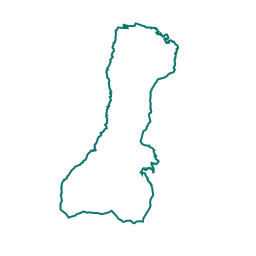 outline of Baia De Fier, Gorj, Romania, rotated 198°
{"feature_id": "2599482B13335657184953", "entity_name": "Baia De Fier", "entity_type": "district", "adm_level": 2, "iso_a3": "ROU", "parent_name": "Romania", "parent_adm1": "Gorj", "projection": "robinson", "projection_center": [23.743, 45.243], "detail": "fine", "context": "isolated", "style": "outline", "palette": "teal", "viewbox_px": 256, "rotation_deg": 198, "n_neighbors": 0, "source": "geoboundaries", "source_scale": "gbopen_adm2", "svg_char_len": 5863}
<svg xmlns="http://www.w3.org/2000/svg" viewBox="0 0 256 256"><g transform="rotate(198 128 128)"><path d="M153.0,229.9L153.3,228.9L153.3,227.1L153.7,226.9L157.1,225.7L160.3,225.0L164.0,224.8L163.1,222.6L159.7,223.6L159.2,222.9L163.2,221.7L168.7,220.5L168.8,217.7L169.2,217.1L169.8,216.9L169.2,214.9L168.6,214.1L168.1,212.1L168.1,210.8L167.6,209.9L167.5,208.7L167.0,207.9L167.2,207.0L167.0,205.2L167.9,204.7L168.1,204.2L168.0,203.6L167.6,203.2L167.5,202.0L167.8,200.2L167.3,199.4L166.0,198.8L165.6,197.6L165.1,196.9L166.0,195.0L166.1,194.1L165.7,193.1L166.1,192.3L165.2,191.3L164.6,191.1L164.5,190.6L164.5,190.2L165.4,188.9L166.0,187.3L165.8,186.8L165.2,186.4L164.9,185.9L165.2,184.5L165.0,183.8L165.2,181.9L165.8,179.2L166.3,178.3L165.9,177.5L165.1,177.2L166.0,176.2L166.1,175.8L165.8,175.2L165.9,174.3L165.2,173.8L163.3,169.5L161.5,168.8L160.3,167.0L160.1,166.5L160.4,165.9L160.3,165.0L159.7,164.2L159.6,163.5L158.5,162.0L158.2,160.6L157.4,159.5L156.5,159.0L156.5,158.1L156.3,157.8L155.1,157.3L154.9,157.0L155.7,156.1L155.8,155.2L155.4,154.8L154.6,154.8L154.3,154.6L154.2,153.7L153.8,152.9L153.9,152.6L154.9,152.0L152.8,149.2L152.7,148.8L152.9,148.1L153.6,147.4L153.1,146.0L153.7,144.2L152.8,143.6L152.7,142.6L153.0,142.2L154.2,141.7L153.2,140.4L153.2,139.9L153.7,139.5L153.7,138.6L153.0,136.7L153.2,136.2L153.1,135.4L153.2,134.8L152.5,134.2L152.3,133.5L151.8,133.3L152.4,132.3L150.8,130.6L150.4,129.9L150.4,128.5L149.8,127.8L149.5,126.0L150.3,125.0L150.1,124.4L150.7,123.8L148.6,122.2L148.1,121.1L149.0,120.5L149.9,119.1L150.3,117.0L151.1,116.2L151.7,115.8L152.5,114.7L151.4,114.2L151.3,112.7L152.0,112.1L152.2,111.2L153.2,110.5L153.1,109.6L153.6,108.2L153.2,106.4L153.5,105.6L153.5,103.3L154.5,102.1L154.4,100.6L153.4,99.8L153.4,98.3L153.0,97.8L151.9,97.1L151.8,96.7L152.4,96.3L153.9,96.4L154.1,95.5L154.4,95.2L156.1,95.2L156.4,93.7L156.9,93.3L157.0,92.8L157.8,91.5L158.3,90.2L158.4,88.6L158.2,86.8L158.5,86.1L158.4,85.6L158.7,84.4L160.3,83.0L160.4,82.0L160.1,81.4L161.7,79.9L161.9,78.6L162.1,78.3L163.3,77.6L163.7,76.9L165.3,75.8L166.4,74.8L166.4,74.0L169.1,69.2L168.9,68.2L169.6,66.9L169.5,65.8L169.8,65.2L170.0,64.2L170.9,63.5L170.7,61.3L171.8,59.8L172.9,59.1L172.5,58.5L173.5,56.8L173.6,55.4L173.6,54.1L173.1,52.3L173.3,51.7L172.9,51.1L172.9,50.2L172.4,49.8L172.5,49.1L171.8,48.3L171.6,47.4L171.6,46.6L171.3,46.3L171.3,45.9L170.7,45.3L171.2,44.0L171.1,43.1L170.0,41.7L169.4,40.2L168.9,39.6L168.8,38.9L168.3,38.5L168.6,37.0L168.4,36.3L168.7,35.4L168.6,34.0L167.8,32.4L167.6,31.1L167.0,29.7L166.0,29.1L160.5,27.3L156.8,24.4L154.2,26.4L151.6,28.0L150.9,28.6L150.1,30.2L149.4,30.9L148.3,31.4L146.5,32.9L144.6,34.8L140.2,34.9L138.6,35.9L133.3,36.8L131.5,37.6L129.4,37.9L127.1,37.8L125.8,38.2L120.1,41.9L118.1,44.2L111.3,40.5L109.0,38.6L106.1,38.3L104.4,37.4L103.5,37.3L102.8,37.5L100.7,39.3L97.1,40.6L95.8,40.3L93.5,39.2L92.5,39.4L92.1,39.9L91.5,41.2L90.5,42.0L87.7,43.0L84.9,43.5L85.1,44.2L85.4,46.9L82.5,59.1L82.8,59.7L82.4,60.5L82.6,61.4L83.6,62.9L84.4,66.3L84.4,67.6L84.0,69.5L83.4,71.0L83.5,72.4L86.7,78.8L87.6,79.9L88.0,81.1L88.4,80.9L89.2,82.1L89.7,82.5L89.9,82.3L91.2,83.5L92.2,83.6L93.1,84.9L93.5,85.9L93.9,85.6L95.2,87.5L95.9,87.7L96.7,88.3L97.2,89.5L97.7,90.1L98.2,90.2L99.2,89.9L100.1,90.0L100.5,89.6L100.4,88.7L100.7,89.1L102.3,89.6L101.4,92.2L101.4,93.7L100.6,94.7L100.0,94.8L99.3,93.7L98.2,93.5L98.2,94.0L97.5,94.5L97.6,95.0L97.0,94.8L96.9,95.7L96.1,96.1L95.7,96.5L94.8,96.2L94.5,96.4L94.6,96.8L93.3,96.6L93.3,96.1L92.1,95.8L92.1,96.1L92.8,96.5L92.6,96.7L92.1,96.6L90.8,95.1L90.6,93.7L90.3,93.5L90.1,93.6L90.0,94.0L90.6,96.1L91.3,97.6L92.1,98.2L93.0,99.6L93.5,99.6L94.3,100.7L94.9,102.2L94.6,102.3L91.9,101.9L91.8,102.3L90.7,102.7L89.7,102.5L88.5,105.7L89.5,106.4L91.1,106.8L92.1,107.3L92.5,107.7L92.6,108.5L94.0,109.3L93.6,110.6L93.4,110.6L95.5,112.3L96.5,113.9L96.6,114.8L96.3,115.0L97.6,115.8L98.4,116.3L101.9,116.8L102.3,117.8L103.0,117.4L106.9,116.8L109.3,117.1L111.5,118.7L112.1,120.3L111.9,122.7L112.4,127.7L112.3,129.9L111.0,131.1L110.2,133.2L110.1,133.8L110.5,134.5L110.5,135.1L110.1,135.8L110.2,136.6L109.8,137.4L109.9,138.4L108.8,140.6L108.7,141.3L109.4,141.9L110.4,144.1L111.5,145.5L112.2,147.5L112.2,148.0L111.7,149.1L110.9,149.6L110.8,150.1L110.9,150.8L111.7,152.0L111.9,152.8L113.1,153.7L112.8,154.6L113.6,156.3L113.5,156.9L113.9,157.3L114.0,158.4L115.2,160.2L115.6,161.1L115.8,162.2L115.7,163.4L116.2,164.4L116.5,166.2L117.2,167.5L117.2,168.3L117.8,169.4L117.5,170.9L117.2,171.3L117.5,172.3L117.2,172.9L117.1,174.2L116.4,176.0L116.1,178.7L115.2,180.3L114.9,181.4L115.0,182.4L114.8,183.2L114.2,183.6L114.0,184.2L112.8,184.6L111.9,185.4L111.0,185.7L110.4,186.3L108.3,187.8L106.7,189.9L106.4,191.3L105.3,192.5L105.1,193.0L104.4,193.2L103.8,193.9L102.2,194.9L101.6,195.9L101.8,197.1L101.4,198.0L103.1,199.1L103.1,200.0L102.8,200.4L103.1,201.3L102.8,201.8L102.9,203.3L103.4,204.2L103.4,204.7L104.4,205.9L104.5,207.0L105.0,207.7L104.5,208.6L105.0,209.3L104.8,210.0L104.8,211.2L105.2,212.5L105.5,212.8L106.1,213.0L106.3,213.5L106.2,213.8L105.5,213.9L105.2,214.2L105.7,214.9L105.3,215.3L105.5,215.8L105.5,217.2L106.2,217.9L105.3,218.9L105.7,219.2L105.3,220.2L105.7,220.9L107.5,222.2L108.1,222.0L108.7,222.2L110.9,224.3L112.0,223.6L112.3,223.7L112.6,224.1L112.8,224.0L113.1,224.4L114.4,224.6L114.4,224.2L116.6,222.9L116.5,222.4L115.5,221.9L115.5,221.5L117.9,220.8L120.8,223.7L119.5,224.1L119.0,224.0L118.7,224.3L119.1,224.7L118.5,224.6L118.2,224.9L117.9,225.3L117.4,225.5L117.3,226.0L119.7,228.9L120.3,228.5L121.1,228.5L122.0,226.9L122.1,226.4L123.0,225.6L125.1,227.2L125.7,226.5L126.3,226.9L125.3,227.4L126.4,228.2L127.4,227.1L128.3,227.5L128.8,227.2L128.1,226.6L128.4,226.4L129.0,227.0L129.5,226.6L130.6,227.6L128.8,229.2L132.1,231.6L132.9,231.5L132.1,230.7L132.4,230.5L133.4,231.4L135.1,231.2L136.7,229.9L137.4,230.7L140.7,229.4L142.5,229.3L142.7,229.8L143.4,229.8L153.0,229.9Z" fill="none" stroke="#0f766e" stroke-width="2"/></g></svg>